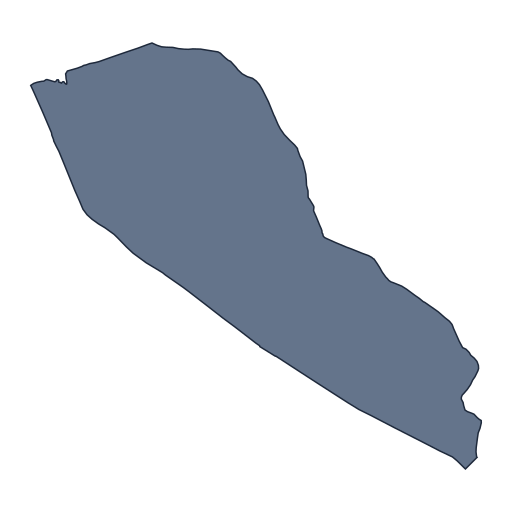 outline of Margina, Timis, Romania
{"feature_id": "2599482B95683361390026", "entity_name": "Margina", "entity_type": "district", "adm_level": 2, "iso_a3": "ROU", "parent_name": "Romania", "parent_adm1": "Timis", "projection": "equal_earth", "projection_center": [22.386, 45.873], "detail": "fine", "context": "isolated", "style": "filled", "palette": "slate", "viewbox_px": 512, "rotation_deg": 0, "n_neighbors": 0, "source": "geoboundaries", "source_scale": "gbopen_adm2", "svg_char_len": 2616}
<svg xmlns="http://www.w3.org/2000/svg" viewBox="0 0 512 512"><path d="M465.4,469.0L477.1,457.3L476.6,456.8L476.0,451.9L476.2,447.7L477.4,438.4L478.2,432.9L480.0,428.3L481.3,422.8L481.2,420.5L479.2,419.3L477.2,417.6L474.0,414.2L471.7,413.2L467.4,411.6L465.0,410.0L463.7,405.7L463.1,402.5L461.3,399.1L461.4,397.1L462.2,395.1L464.0,393.2L467.2,389.5L470.5,384.7L472.7,380.0L475.0,376.7L477.9,370.8L478.6,368.5L478.4,365.4L477.0,361.5L474.2,358.1L470.8,355.3L469.2,352.5L466.0,349.2L462.6,347.6L459.2,341.2L453.5,328.4L452.9,326.6L452.0,324.4L449.5,321.3L444.8,317.6L438.2,311.8L435.0,309.5L424.5,302.2L423.4,301.8L419.7,298.7L414.7,295.2L406.6,289.2L401.7,286.1L393.3,282.7L391.0,281.9L388.8,280.4L387.4,278.7L385.8,277.1L382.2,272.1L379.7,267.6L377.1,263.5L374.0,259.0L373.5,258.9L371.6,257.3L368.5,255.6L362.4,253.4L351.0,248.8L346.6,247.2L335.6,242.6L326.7,238.6L324.5,237.5L323.2,236.0L322.8,234.0L322.1,232.9L321.9,230.7L321.2,228.7L319.6,225.1L316.4,217.2L313.6,210.9L313.7,209.1L313.9,207.7L313.8,206.4L313.0,204.9L310.9,201.5L309.7,199.5L308.3,197.7L308.1,196.5L308.0,190.9L306.5,185.3L306.3,180.4L305.8,174.3L302.6,161.1L300.1,156.6L297.8,150.3L297.4,148.4L294.7,145.1L289.8,140.4L284.2,134.5L280.3,128.9L278.0,124.5L274.8,117.0L273.8,115.0L268.4,101.7L262.5,89.9L259.4,84.6L256.3,81.1L252.5,78.3L247.4,76.7L242.1,73.8L237.8,69.7L236.0,67.3L230.6,61.4L228.1,60.2L225.2,57.8L222.5,55.3L220.4,53.2L218.0,51.9L200.6,49.1L192.8,48.9L188.6,49.3L184.4,49.2L178.4,48.6L172.9,47.4L166.2,47.2L161.6,46.8L157.0,45.3L152.0,43.0L147.9,44.4L138.0,48.1L125.5,52.3L110.5,57.5L99.0,61.6L95.1,62.6L89.6,63.6L86.4,64.8L84.9,65.2L84.3,65.2L83.1,65.7L82.3,66.3L77.2,68.2L71.6,69.8L67.4,71.0L65.6,73.9L65.9,75.9L66.1,78.7L66.6,80.9L66.8,82.7L66.7,84.0L66.4,84.2L65.8,84.0L64.7,83.0L64.0,81.9L63.5,81.7L62.5,81.9L61.7,82.8L61.3,83.1L60.8,82.8L60.3,82.4L59.0,82.3L58.7,81.6L58.8,80.7L58.3,79.8L57.0,79.8L55.8,81.4L54.9,81.8L52.6,81.2L47.3,79.6L46.2,79.6L45.3,80.2L43.7,81.2L41.8,81.3L37.3,82.2L33.7,83.4L30.7,85.4L32.6,89.4L34.5,93.6L42.6,111.9L51.5,132.8L51.8,135.0L53.6,139.8L53.7,140.9L56.3,146.3L58.9,151.3L63.5,162.5L74.9,190.6L79.6,201.2L83.0,209.3L87.0,214.7L92.1,219.3L98.5,223.9L105.0,227.8L114.0,234.3L117.6,237.8L126.3,246.8L133.0,253.1L146.2,262.8L150.7,265.5L162.6,272.7L165.4,275.0L183.2,287.4L188.4,291.3L207.2,305.8L223.1,318.2L234.6,326.7L256.1,343.3L259.6,345.7L259.8,346.6L275.3,356.2L275.8,356.1L290.4,365.6L301.3,372.7L317.5,383.2L347.7,402.6L358.9,409.5L371.4,415.7L394.6,427.8L426.0,443.8L439.9,451.0L450.9,456.2L452.4,456.9L457.1,460.8L465.4,469.0Z" fill="#64748b" stroke="#1e293b" stroke-width="1.5"/></svg>